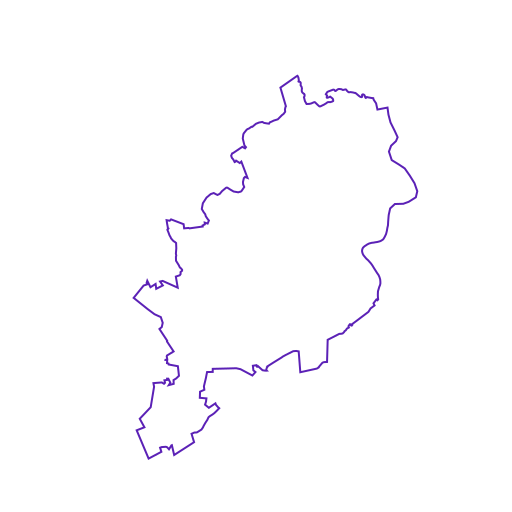 the district of Deva, Hunedoara, Romania, rotated 66°
{"feature_id": "2599482B46544097516710", "entity_name": "Deva", "entity_type": "district", "adm_level": 2, "iso_a3": "ROU", "parent_name": "Romania", "parent_adm1": "Hunedoara", "projection": "albers", "projection_center": [22.901, 45.856], "detail": "fine", "context": "isolated", "style": "outline", "palette": "violet", "viewbox_px": 512, "rotation_deg": 66, "n_neighbors": 0, "source": "geoboundaries", "source_scale": "gbopen_adm2", "svg_char_len": 6002}
<svg xmlns="http://www.w3.org/2000/svg" viewBox="0 0 512 512"><g transform="rotate(66 256 256)"><path d="M195.2,324.8L195.6,325.3L196.0,326.3L199.1,326.4L202.0,326.6L203.7,326.4L205.4,326.4L208.1,325.6L209.2,325.1L209.8,324.6L211.6,323.7L216.6,325.7L221.2,328.2L223.2,328.7L224.2,329.5L227.8,331.0L232.8,330.3L235.5,330.2L236.9,329.5L238.5,329.1L239.4,329.5L240.0,331.5L241.8,332.2L242.6,333.5L242.2,337.6L253.1,340.4L240.8,351.4L240.3,354.0L245.0,353.1L245.4,360.5L240.7,359.1L241.0,361.0L241.6,365.1L234.4,365.4L236.0,366.8L237.6,367.0L237.3,370.7L244.5,384.8L260.2,376.7L267.9,372.4L273.1,367.8L279.1,368.4L282.6,371.0L283.4,373.9L297.3,371.6L297.9,372.1L309.7,370.1L310.7,377.8L311.4,378.4L314.4,379.1L314.7,379.4L314.0,380.9L314.1,381.0L315.1,379.5L317.7,380.9L318.6,379.7L319.6,379.9L324.9,372.2L334.1,375.1L335.4,378.7L335.8,381.8L339.3,383.2L338.5,388.2L336.9,385.8L332.4,386.0L331.9,387.1L333.1,387.5L332.3,390.2L334.8,390.7L335.3,392.0L333.2,393.5L330.4,401.4L334.0,402.3L351.3,413.7L357.4,428.4L367.1,427.6L366.7,435.9L397.4,436.5L396.4,422.1L392.1,421.6L392.2,419.9L393.6,416.0L394.4,415.1L395.6,414.6L397.2,414.1L394.6,410.3L394.6,409.8L404.5,411.7L400.9,388.3L392.2,387.2L392.2,384.1L393.0,382.2L393.1,381.5L392.4,376.5L391.1,374.3L389.8,372.8L387.6,369.8L385.9,367.1L384.2,365.2L383.9,364.7L383.5,363.1L383.1,360.2L382.6,358.0L381.6,355.2L380.1,351.5L379.6,351.7L379.2,352.0L375.7,353.1L374.1,353.0L375.5,360.8L371.1,363.0L368.7,360.9L365.9,359.2L362.7,365.0L357.2,362.3L357.2,357.6L353.9,356.6L346.7,351.1L345.5,350.3L342.1,347.9L344.3,342.7L341.5,341.4L347.0,328.2L350.5,319.7L353.1,316.2L363.7,307.9L361.8,303.7L359.4,304.9L355.0,303.5L355.9,300.1L357.0,300.3L357.6,300.1L357.8,299.7L357.8,299.1L357.6,298.9L363.0,296.5L364.0,295.0L364.9,293.4L365.1,292.8L364.6,293.0L363.9,292.7L362.8,291.9L362.0,290.8L361.5,289.8L361.4,289.9L360.5,284.0L359.1,273.7L358.8,272.6L358.5,269.0L358.1,260.7L359.1,257.9L360.5,255.8L380.2,262.8L383.6,246.2L383.5,245.3L383.3,244.1L383.1,244.1L380.6,238.9L380.5,237.9L380.7,236.8L381.7,234.2L361.7,224.6L361.7,224.1L361.0,211.6L361.8,209.5L362.0,208.3L361.3,206.4L360.7,205.7L360.4,204.2L359.9,203.4L359.3,202.5L359.1,200.3L358.3,200.3L357.5,199.8L356.5,198.0L356.8,197.5L358.1,197.4L358.5,196.9L358.1,196.1L357.4,196.1L352.8,176.1L351.9,174.7L350.5,172.7L349.4,167.8L347.0,167.9L344.7,163.7L345.8,163.1L345.4,162.1L343.0,161.3L340.8,160.4L337.8,158.9L335.7,157.1L334.4,156.0L333.0,154.5L331.6,153.5L329.7,152.7L327.9,152.1L325.6,151.8L323.3,151.8L320.7,152.3L314.6,153.2L312.1,153.5L309.6,154.0L305.5,155.3L303.3,156.3L301.2,156.9L299.0,157.5L297.2,157.6L295.2,157.3L293.8,156.7L292.6,155.7L291.9,154.8L291.5,153.7L291.2,152.7L291.0,151.3L290.7,149.7L290.6,147.5L291.0,145.0L291.6,143.1L292.0,141.4L292.5,139.6L292.8,137.9L293.0,136.2L292.8,134.5L292.5,133.0L291.5,131.5L290.6,130.3L289.8,129.4L289.0,128.4L287.9,127.5L286.1,126.1L283.8,124.6L281.7,123.0L278.0,121.1L275.8,119.9L273.6,118.7L272.4,118.0L267.1,114.1L265.0,108.0L268.2,100.2L268.6,94.5L267.4,86.1L262.4,82.3L254.0,81.6L245.2,82.8L236.5,84.5L230.6,88.2L223.6,93.0L214.7,92.1L210.2,87.7L208.0,81.4L205.1,78.3L198.0,78.4L188.7,78.8L180.7,77.5L173.9,75.5L171.6,85.5L165.4,84.2L161.4,84.9L160.6,84.9L159.9,84.8L159.5,84.7L159.3,85.0L158.7,86.1L157.4,88.0L156.1,89.9L155.9,90.0L155.8,90.4L155.9,90.6L156.2,91.1L156.3,91.4L156.2,91.5L155.6,91.7L155.2,91.6L154.2,91.5L153.3,91.5L152.6,91.8L152.2,92.1L152.0,92.3L151.8,92.7L151.8,93.2L151.9,93.4L152.1,93.7L152.8,93.9L153.5,94.1L153.7,94.3L153.8,94.5L153.8,95.0L153.4,95.6L153.0,96.0L151.5,96.9L148.1,98.5L147.5,98.9L147.5,99.1L146.9,99.8L145.9,101.1L144.7,103.0L144.4,104.0L144.3,104.4L144.2,104.6L143.7,105.0L142.1,105.7L140.9,105.9L140.6,106.0L140.4,106.2L140.2,106.5L139.7,109.0L139.4,109.4L138.5,110.0L137.8,111.1L137.3,112.0L137.1,112.4L137.1,112.6L137.0,113.4L137.1,114.0L137.5,115.6L137.6,116.0L137.5,116.4L137.3,116.6L136.1,116.9L135.6,117.4L135.4,117.9L135.1,123.0L135.2,124.2L136.6,126.4L138.3,125.8L138.7,126.2L140.0,126.9L140.4,126.7L140.6,125.4L140.6,123.4L143.1,122.1L143.9,121.9L145.1,122.1L145.8,122.5L145.9,123.5L145.7,125.4L145.0,126.9L144.7,127.7L144.7,128.4L144.9,129.2L145.1,130.1L145.2,131.1L145.4,132.6L145.4,133.7L145.5,136.2L145.2,137.1L144.8,137.4L142.8,138.3L140.5,139.2L139.4,139.7L139.2,140.1L139.1,140.8L139.1,143.5L138.8,145.2L137.7,148.0L134.4,148.3L130.4,147.6L130.2,147.2L129.8,146.8L129.5,146.5L128.6,146.1L128.3,146.0L128.0,146.0L127.8,146.1L127.5,146.1L127.4,146.3L126.3,146.8L125.6,147.1L125.2,147.2L124.8,147.2L124.3,147.2L123.7,147.0L123.2,146.8L122.8,146.6L122.3,146.3L121.9,146.1L121.7,145.9L121.1,145.8L120.9,145.8L120.4,145.6L119.6,145.6L118.7,145.8L118.2,145.8L116.4,144.9L115.8,144.7L115.4,144.8L115.2,144.8L114.9,145.0L114.6,145.2L114.2,146.0L113.9,146.2L113.3,145.7L112.8,145.4L112.5,145.3L111.6,145.0L111.0,144.9L110.5,144.8L110.3,144.7L109.7,144.7L109.4,144.7L108.7,144.8L108.4,144.8L108.2,144.8L107.7,145.2L107.5,145.3L108.2,145.2L112.1,165.2L131.4,167.8L131.9,168.5L133.8,169.9L136.1,170.7L137.4,173.0L137.9,175.1L140.0,180.5L139.5,184.8L139.6,187.2L139.5,188.9L140.4,190.3L139.3,192.1L137.7,194.5L136.1,195.7L135.3,199.0L135.2,202.3L136.5,206.8L136.1,207.5L136.7,210.9L136.6,212.1L136.9,213.3L138.6,216.6L139.1,217.5L140.0,218.3L143.3,220.3L150.3,221.6L152.5,220.9L153.2,222.2L150.7,224.1L152.6,234.8L152.6,236.1L154.3,237.9L156.5,238.1L158.6,237.5L161.5,237.3L161.5,236.5L160.8,235.4L164.5,233.0L163.8,231.0L181.2,232.0L179.3,233.9L179.9,235.4L183.1,237.8L185.3,238.6L188.2,238.7L190.7,242.7L191.0,243.8L190.7,245.2L190.6,246.3L188.0,250.2L184.8,252.5L182.0,254.3L181.6,254.9L181.5,255.6L182.9,260.6L184.5,263.9L184.5,266.5L181.3,269.0L181.0,272.2L182.5,277.4L186.2,283.1L191.0,286.4L194.6,286.0L197.2,285.4L199.3,285.7L202.7,285.1L204.4,284.6L206.7,287.0L204.6,289.3L206.3,289.9L206.4,292.4L207.4,292.7L203.7,305.5L203.0,306.1L201.5,310.4L197.5,309.2L188.0,318.7L188.7,320.5L186.9,323.1L190.1,324.0L193.9,324.9L194.5,325.2L195.2,324.8Z" fill="none" stroke="#5b21b6" stroke-width="2"/></g></svg>